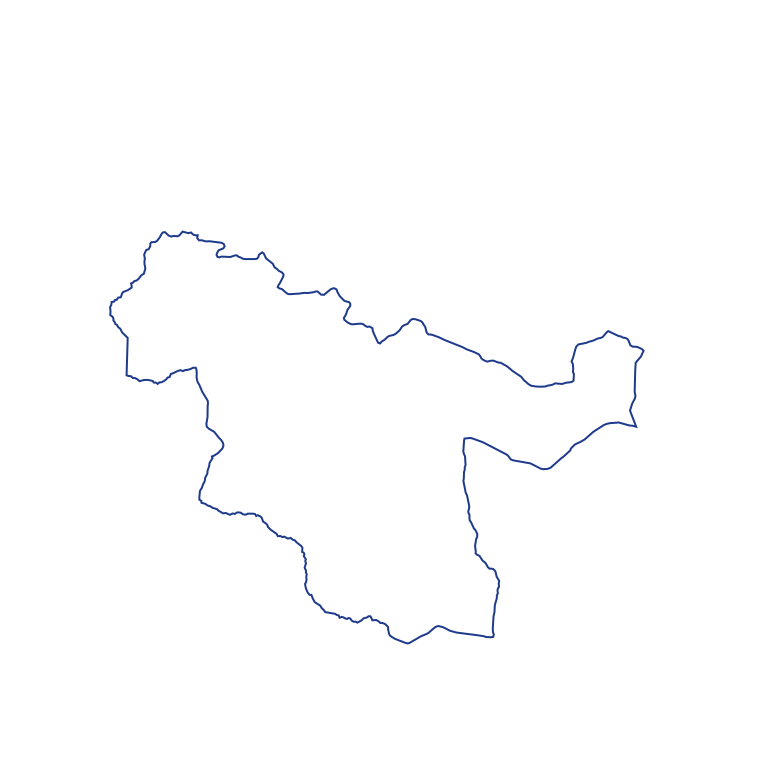 Matungu, Western, Kenya, rotated 228°
{"feature_id": "3690345B16104785008484", "entity_name": "Matungu", "entity_type": "district", "adm_level": 2, "iso_a3": "KEN", "parent_name": "Kenya", "parent_adm1": "Western", "projection": "orthographic", "projection_center": [34.459, 0.384], "detail": "fine", "context": "isolated", "style": "outline", "palette": "blue", "viewbox_px": 768, "rotation_deg": 228, "n_neighbors": 0, "source": "geoboundaries", "source_scale": "gbopen_adm2", "svg_char_len": 6166}
<svg xmlns="http://www.w3.org/2000/svg" viewBox="0 0 768 768"><g transform="rotate(228 384 384)"><path d="M224.5,204.5L223.4,209.1L223.5,212.0L221.8,215.4L221.8,217.0L220.6,218.4L218.6,218.1L216.2,217.2L213.9,220.2L211.2,221.2L208.9,221.4L207.4,223.0L204.9,224.2L202.3,224.4L200.6,224.4L199.1,223.0L195.3,220.8L193.3,220.1L191.0,220.5L187.1,221.7L178.0,226.3L175.7,227.7L174.6,229.3L171.8,242.6L169.6,248.9L169.3,250.5L169.1,258.4L168.7,260.8L167.5,262.7L163.5,265.3L156.3,268.0L150.5,271.8L135.3,284.9L129.7,289.5L127.8,290.5L124.4,293.8L123.0,295.9L124.3,297.9L126.4,298.8L129.2,300.9L138.1,310.0L140.7,313.6L145.5,318.4L149.4,324.6L151.3,326.3L152.3,328.6L154.4,330.0L155.7,331.6L156.4,333.9L158.8,335.6L160.6,337.8L165.4,338.8L169.8,341.2L171.5,341.5L173.5,341.3L174.9,340.3L176.0,338.9L178.3,338.6L183.1,339.7L186.8,339.1L192.5,339.9L194.9,338.9L196.8,338.7L198.2,340.2L202.6,343.2L207.0,348.6L208.0,350.9L210.0,352.9L214.2,354.2L216.3,354.1L223.0,356.2L225.1,356.4L227.0,357.6L229.9,360.2L231.6,360.4L233.3,361.8L234.6,364.0L236.2,365.6L245.7,371.2L248.4,371.9L258.8,378.1L260.4,380.1L265.0,384.5L266.3,386.7L268.1,388.3L269.1,390.3L276.0,395.8L278.5,396.6L280.8,397.8L288.5,405.8L289.6,407.3L286.6,411.5L284.7,413.1L274.6,418.5L249.6,427.9L247.9,428.2L243.0,427.8L240.7,429.0L227.0,439.7L216.3,443.8L214.2,445.3L212.9,446.9L211.4,448.8L210.3,452.0L210.2,466.6L209.9,468.5L210.0,477.8L211.0,479.7L211.3,485.4L209.5,491.4L208.5,496.1L208.4,507.6L206.4,519.9L205.5,522.4L203.8,525.6L198.3,532.7L189.0,538.6L186.9,540.6L183.5,542.8L199.6,549.0L203.3,555.2L205.4,560.9L207.0,563.0L210.4,565.0L226.3,580.1L231.4,585.3L232.5,593.4L235.0,599.1L237.6,599.0L242.3,596.9L245.4,593.8L247.9,593.0L252.7,594.8L254.7,595.0L256.8,594.2L258.4,592.7L261.0,591.8L262.5,590.5L273.3,586.0L273.4,584.1L272.6,577.9L273.3,575.7L274.8,573.3L276.1,568.9L278.4,564.2L279.4,561.5L283.3,555.0L283.2,552.1L281.7,549.3L277.0,542.1L275.2,538.4L272.8,537.9L269.1,535.2L266.4,532.4L264.2,531.7L259.7,527.1L259.8,525.3L260.5,523.8L263.1,520.2L264.9,516.3L270.0,511.6L270.5,509.3L272.1,506.2L273.2,504.8L273.9,502.8L275.0,501.2L277.8,497.9L281.1,494.7L284.3,492.2L287.1,491.3L293.3,490.5L297.6,490.8L307.5,488.3L314.6,487.3L321.5,485.0L323.5,483.3L328.2,480.9L329.7,479.2L331.4,475.9L333.1,474.8L336.6,473.6L338.4,473.6L340.0,474.1L342.7,474.3L347.3,472.4L354.1,468.8L358.9,467.0L376.3,458.4L381.7,456.2L387.8,453.0L389.4,451.9L391.1,450.2L393.2,450.1L394.9,450.7L398.5,452.7L404.1,453.7L406.2,453.5L411.1,450.7L413.2,448.7L413.7,446.7L412.9,441.8L414.2,438.4L414.6,435.9L413.5,431.7L413.5,426.2L414.1,423.8L416.2,420.1L416.6,418.3L416.5,414.1L417.1,410.8L416.7,408.3L418.7,407.2L428.3,410.2L431.3,411.4L433.1,412.8L436.4,411.7L437.6,409.8L440.0,408.9L442.2,408.6L443.7,407.7L445.5,405.8L449.4,400.5L450.9,399.4L454.1,398.1L458.2,397.5L459.9,398.3L461.2,402.5L463.5,406.3L464.6,411.2L466.2,412.6L468.0,412.9L472.2,410.2L478.8,409.9L483.7,411.0L486.0,412.0L488.5,411.1L489.5,409.5L490.1,407.4L490.4,399.1L492.6,397.0L497.2,396.6L498.3,395.4L499.5,392.8L502.8,388.0L505.2,385.6L507.7,381.8L513.5,374.4L514.9,373.0L516.7,372.4L523.0,371.6L525.1,370.2L527.1,369.8L528.2,372.0L528.6,374.1L531.4,381.3L532.9,382.8L535.2,382.8L538.7,381.5L541.5,381.4L543.8,380.7L547.8,381.8L556.2,380.4L561.5,382.0L563.3,381.6L563.7,377.5L562.3,375.3L562.1,373.4L563.3,371.6L570.0,364.1L571.6,362.9L573.8,362.2L576.1,360.9L577.9,360.8L579.2,359.4L581.2,354.8L587.5,348.4L588.2,346.4L590.0,345.3L592.1,346.0L593.5,348.7L594.0,350.7L592.3,355.4L593.0,357.7L595.1,358.6L597.6,357.8L606.9,349.8L609.2,347.0L612.7,344.8L614.5,342.7L617.4,342.8L619.2,345.1L620.2,343.8L621.7,342.6L623.2,342.1L625.7,342.0L627.1,339.5L632.0,336.3L631.4,331.4L631.8,329.6L634.7,326.8L635.9,324.6L638.3,323.3L643.5,322.8L644.5,321.3L644.5,319.6L643.0,315.4L642.2,311.0L642.8,308.7L645.0,306.1L644.7,304.2L642.8,302.5L641.6,299.2L642.7,297.2L641.7,294.5L640.6,292.3L637.1,290.1L635.7,288.3L633.3,286.2L629.5,283.9L626.6,279.2L627.1,277.6L627.1,276.0L626.3,271.6L626.5,269.3L627.5,267.3L627.3,265.5L628.0,263.3L626.3,262.5L624.5,261.0L625.1,256.5L626.9,251.8L626.6,250.1L624.6,246.4L626.1,244.2L625.4,241.7L626.4,240.3L625.8,238.5L627.2,236.5L625.3,234.3L624.4,231.9L620.9,229.3L618.4,226.7L615.7,227.3L613.7,226.7L612.2,225.4L609.9,225.2L608.2,224.5L606.5,225.1L604.0,224.5L601.7,225.0L597.5,223.9L589.8,224.4L562.7,198.5L560.9,199.5L559.2,201.1L556.6,201.4L555.1,202.9L552.1,204.0L549.7,204.2L547.6,208.3L545.1,211.2L541.0,214.2L539.2,213.8L537.6,215.5L535.5,215.9L535.5,218.1L534.1,219.9L533.4,222.7L533.2,225.5L533.6,227.4L532.6,229.2L534.1,232.4L532.9,235.0L532.1,238.3L530.6,241.9L528.2,243.2L527.3,245.7L526.0,247.4L524.7,250.0L523.9,252.8L522.1,255.0L519.8,254.0L516.9,251.7L514.3,249.1L510.5,246.9L507.0,246.2L499.8,243.7L489.5,241.8L487.0,239.9L485.6,238.2L477.4,230.6L473.3,225.4L470.8,223.7L467.6,224.0L462.1,225.8L454.3,225.3L451.9,225.5L448.6,225.1L446.3,224.0L445.1,222.7L444.2,220.6L443.7,214.5L444.5,209.6L445.3,207.6L443.7,207.0L442.1,201.6L440.1,199.3L437.5,194.7L435.7,192.9L433.9,188.3L432.4,186.6L431.3,184.8L430.7,182.7L428.7,179.1L427.7,175.7L423.4,171.0L421.6,169.4L419.4,170.0L417.8,168.9L414.4,171.1L412.5,171.4L411.0,172.0L409.4,173.1L406.8,173.7L402.8,176.1L400.8,176.2L395.5,177.9L394.0,180.1L389.8,182.0L389.2,184.7L387.3,186.2L386.9,188.8L385.6,190.3L384.1,191.5L381.8,191.9L380.2,193.0L379.2,194.3L378.7,196.1L375.5,199.7L373.7,201.1L371.5,200.7L371.0,202.4L368.6,203.4L366.7,203.7L362.6,202.1L359.7,202.9L357.3,203.0L355.5,202.1L351.5,202.3L344.4,203.9L342.0,203.3L340.2,205.4L338.1,206.1L337.3,207.8L333.5,209.1L332.1,211.6L329.6,211.9L327.1,213.2L325.1,213.0L318.9,214.1L316.9,213.8L314.0,210.8L312.4,211.5L310.7,210.9L309.9,209.3L306.0,208.6L305.0,206.9L303.0,206.1L300.6,202.1L297.4,201.1L296.3,199.9L294.4,199.3L292.5,197.0L290.3,195.4L288.9,193.4L288.2,191.5L284.2,189.1L279.8,187.7L277.2,187.6L275.8,188.9L271.8,187.4L268.2,186.6L261.9,188.3L259.2,187.8L256.2,188.0L253.8,187.7L245.9,193.9L243.8,194.4L242.4,195.5L240.0,194.6L239.1,196.8L237.7,197.7L235.8,198.3L234.2,199.2L233.7,201.3L232.1,202.0L229.6,201.7L227.4,202.5L226.4,203.9L224.5,204.5Z" fill="none" stroke="#1e3a8a" stroke-width="2"/></g></svg>